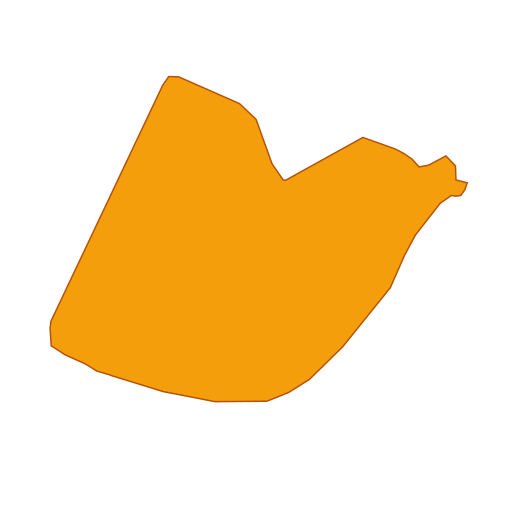 the border of Federal Capital Territory, rotated 26°
{"feature_id": "NGA-3470", "entity_name": "Federal Capital Territory", "entity_type": "State", "adm_level": 1, "iso_a3": "NGA", "parent_name": "Nigeria", "parent_adm1": "", "projection": "orthographic", "projection_center": [7.256, 8.878], "detail": "fine", "context": "isolated", "style": "filled", "palette": "amber", "viewbox_px": 512, "rotation_deg": 26, "n_neighbors": 0, "source": "natural_earth", "source_scale": "10m", "svg_char_len": 654}
<svg xmlns="http://www.w3.org/2000/svg" viewBox="0 0 512 512"><g transform="rotate(26 256 256)"><path d="M179.6,426.7L176.4,427.0L163.5,429.2L150.0,427.8L127.8,428.5L111.3,426.5L102.5,411.0L100.3,404.5L97.3,143.3L98.9,133.0L107.7,128.9L174.5,126.3L196.2,133.2L230.0,166.1L247.0,175.7L249.3,175.1L300.1,102.6L334.4,98.8L344.5,99.1L354.4,100.7L363.5,104.5L371.4,98.6L382.8,82.8L395.8,87.6L402.4,100.0L413.8,97.6L414.7,104.9L413.5,111.9L409.2,114.7L405.0,116.0L398.4,128.0L390.1,167.2L389.2,190.0L390.6,225.7L373.7,299.6L358.1,343.5L345.4,364.0L329.5,381.7L283.0,404.9L231.9,418.6L179.6,426.7Z" fill="#f59e0b" stroke="#b45309" stroke-width="1.5"/></g></svg>